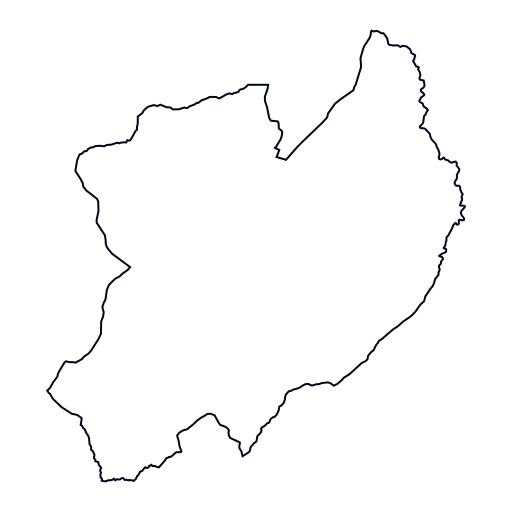 the district of Macanal, Boyacá, Colombia
{"feature_id": "7082276B95267343444415", "entity_name": "Macanal", "entity_type": "district", "adm_level": 2, "iso_a3": "COL", "parent_name": "Colombia", "parent_adm1": "Boyacá", "projection": "mercator", "projection_center": [-73.296, 4.981], "detail": "fine", "context": "isolated", "style": "outline", "palette": "ink", "viewbox_px": 512, "rotation_deg": 0, "n_neighbors": 0, "source": "geoboundaries", "source_scale": "gbopen_adm2", "svg_char_len": 5980}
<svg xmlns="http://www.w3.org/2000/svg" viewBox="0 0 512 512"><path d="M242.6,456.2L249.1,452.0L249.8,450.9L250.7,447.1L254.1,443.0L255.9,442.0L256.6,440.8L257.3,436.4L258.0,435.3L259.9,433.7L261.1,431.9L261.5,430.1L261.1,428.8L261.6,427.7L265.0,425.6L267.0,423.4L268.6,423.0L269.5,421.9L270.1,420.0L270.8,419.0L272.9,417.2L274.2,417.2L276.5,414.9L278.7,410.4L279.2,406.9L280.3,405.9L281.6,405.4L283.9,402.5L285.0,399.1L285.0,397.4L285.6,395.5L286.0,394.4L288.1,392.0L289.0,391.2L290.7,391.0L293.0,389.7L298.7,388.1L303.9,384.9L306.3,383.9L308.7,384.0L310.4,385.1L312.2,385.5L316.2,384.3L319.1,384.1L322.0,383.0L328.2,382.4L330.9,383.5L333.8,385.7L337.6,383.7L342.1,379.8L343.8,377.7L349.5,374.2L361.7,363.0L365.6,361.1L367.5,359.3L368.1,355.9L370.6,352.6L373.8,350.0L375.0,347.1L376.5,344.5L378.0,342.8L378.8,340.9L381.8,339.1L393.0,329.4L397.8,326.3L403.2,321.5L410.0,316.9L412.4,314.9L416.1,310.8L420.1,304.9L424.1,301.1L425.4,296.3L430.7,288.4L432.7,286.1L433.9,283.5L435.3,278.7L438.5,274.9L438.5,272.3L439.2,271.3L439.7,269.1L438.9,267.2L439.0,265.7L440.8,263.9L441.0,261.7L443.1,258.8L442.2,257.1L439.3,256.2L439.2,255.7L441.9,253.8L445.8,252.1L446.2,250.8L446.1,249.2L445.6,248.7L444.0,248.4L443.7,247.9L445.3,245.5L445.8,241.9L446.4,240.9L446.5,237.4L448.3,235.4L452.2,228.1L453.2,225.4L454.7,223.5L455.6,223.0L456.9,224.6L458.0,224.6L458.9,223.7L458.7,220.8L459.3,219.7L462.7,220.3L463.9,220.0L464.1,219.6L463.9,218.1L461.7,215.2L460.8,213.1L461.6,210.6L464.7,207.3L464.8,206.2L463.8,205.7L460.6,205.6L460.1,205.3L460.1,204.7L461.9,200.2L462.1,199.0L461.5,196.9L462.6,194.4L462.6,193.8L461.7,192.9L460.3,189.6L460.0,186.8L458.9,185.7L456.8,185.8L456.1,185.5L455.4,185.0L454.6,183.3L455.0,181.5L456.9,178.5L456.9,175.2L457.3,174.0L459.2,170.6L459.2,168.9L456.6,165.5L456.8,163.4L456.5,162.7L455.7,161.6L454.2,161.7L451.8,162.7L451.0,162.5L449.7,161.8L447.9,160.3L445.0,159.4L444.0,157.7L443.5,157.6L441.5,159.2L440.3,159.4L439.1,158.9L438.7,157.1L439.4,155.3L439.4,153.2L438.2,149.3L436.8,147.2L436.1,144.3L431.7,139.5L430.4,136.7L429.8,133.8L425.1,128.8L423.3,128.2L421.0,128.2L420.0,127.5L419.9,126.5L422.4,123.9L423.3,122.0L424.0,116.3L425.7,114.2L426.3,112.4L427.9,110.2L426.6,108.4L423.7,106.5L422.6,103.4L419.8,102.0L419.3,100.8L421.3,97.2L423.7,95.6L424.3,94.8L423.9,93.8L421.1,91.3L420.7,90.0L420.9,89.4L423.4,87.6L424.4,86.1L424.5,85.0L423.7,80.5L420.8,79.9L420.0,79.5L419.5,78.7L419.5,77.9L420.4,75.1L419.8,72.4L418.1,69.3L418.8,67.6L418.0,66.7L416.7,66.7L416.1,66.3L413.1,60.9L414.3,59.2L414.5,57.3L415.2,56.1L415.0,55.1L411.5,53.1L410.2,49.4L406.5,46.4L403.0,45.8L400.3,46.9L397.7,45.3L392.9,45.5L389.4,44.8L388.6,44.3L388.2,43.5L387.2,38.4L383.9,33.7L383.2,33.2L381.1,33.2L379.4,32.0L377.1,31.0L376.3,30.9L373.8,31.5L371.6,30.7L371.1,31.6L370.4,35.9L369.7,37.7L364.4,45.9L363.4,48.1L360.5,58.0L361.1,67.0L355.6,84.9L354.2,87.1L353.7,89.4L353.1,90.5L341.3,98.7L335.0,103.7L328.0,113.5L327.2,117.3L326.1,118.6L321.9,123.1L302.9,141.3L297.1,147.2L286.0,159.8L276.6,157.0L279.3,150.0L275.0,147.9L276.6,146.0L280.7,139.1L281.6,136.5L282.3,132.1L281.6,130.7L278.8,128.5L278.6,123.2L277.8,121.4L270.9,120.7L269.2,118.0L267.1,107.4L265.2,101.8L264.8,98.0L265.0,96.3L267.5,89.1L268.2,84.8L248.0,84.8L245.8,87.1L243.7,88.6L239.9,89.7L238.9,90.7L238.8,91.5L236.8,92.5L234.3,92.9L232.2,94.1L229.9,93.5L228.6,93.6L226.4,94.4L219.7,98.3L218.6,98.2L216.0,97.0L209.6,96.9L207.4,98.2L201.4,100.4L198.3,102.9L196.8,102.9L194.5,104.5L189.9,106.2L186.9,108.2L184.5,107.5L178.7,109.3L172.8,109.4L170.5,107.5L166.5,107.2L160.4,104.7L157.5,106.0L153.7,105.1L148.0,106.8L145.3,108.9L143.5,110.8L142.3,113.1L137.8,116.5L137.7,124.2L136.9,126.9L137.1,129.7L135.7,130.7L130.6,139.9L129.1,140.7L127.3,140.2L126.3,142.4L123.9,142.3L120.7,142.7L119.4,143.3L117.1,142.7L111.2,144.7L107.1,144.9L104.4,146.1L103.4,146.3L101.0,145.8L96.1,146.0L94.4,146.5L92.8,147.4L90.9,147.5L88.1,149.1L86.5,151.1L84.3,151.3L81.8,153.7L80.0,154.2L79.1,155.4L77.1,160.5L75.4,171.0L80.4,178.7L82.7,183.1L83.3,186.6L86.2,190.4L97.0,198.8L98.2,201.5L98.5,211.0L96.6,220.0L96.7,222.7L104.9,235.3L105.7,240.5L105.7,243.2L106.5,246.4L108.3,249.2L112.2,253.8L130.1,267.1L127.6,270.0L122.4,273.7L119.6,276.4L115.9,278.3L114.2,279.6L109.0,284.9L106.9,289.6L105.5,299.4L103.8,302.7L102.5,306.5L102.5,307.8L103.7,312.1L103.1,316.6L101.2,321.3L100.9,334.0L98.3,339.3L91.1,350.6L88.5,353.6L84.2,356.5L81.9,359.1L76.2,362.3L75.2,362.6L72.8,362.1L69.4,362.2L66.0,361.3L64.5,362.4L58.8,372.0L57.9,374.1L57.4,376.6L53.2,382.2L50.0,387.9L47.2,390.6L49.0,393.2L50.1,393.9L52.1,397.6L53.5,399.4L61.6,407.2L71.8,413.8L77.2,414.9L81.5,418.0L81.6,419.5L80.7,425.0L82.1,425.9L83.3,428.2L84.3,428.9L85.8,431.4L85.8,432.2L88.4,436.1L89.0,438.2L89.6,444.4L91.0,446.3L91.2,449.8L92.8,451.2L94.3,454.2L94.4,455.8L94.0,456.7L94.0,458.2L95.3,459.7L95.3,461.2L98.1,462.0L99.2,465.6L99.8,465.9L101.1,467.7L101.2,468.1L100.2,469.7L100.1,470.7L101.0,472.7L100.4,474.6L100.6,477.3L101.8,478.6L102.1,479.6L101.7,480.7L104.5,481.3L106.1,481.2L108.4,480.2L109.3,480.5L109.9,480.2L111.8,480.0L112.9,479.5L113.4,478.8L114.3,478.8L115.0,480.1L115.4,480.2L116.9,479.3L119.8,479.5L121.8,478.2L123.3,478.1L124.6,479.9L125.9,479.7L128.2,480.3L129.2,479.9L129.6,480.3L131.7,480.2L133.5,480.9L135.7,479.2L137.3,475.9L138.4,475.0L140.1,471.8L142.4,470.7L144.6,467.8L145.5,467.3L147.1,468.0L148.0,467.7L148.9,466.8L149.2,465.8L150.5,465.5L151.4,464.8L152.6,466.1L154.9,466.0L157.1,467.0L159.0,467.3L164.6,460.9L166.6,458.0L168.0,457.7L169.0,456.9L169.8,457.1L170.6,456.8L172.7,455.4L175.1,453.0L176.5,452.2L180.1,452.2L181.0,452.0L181.4,451.4L179.5,446.1L178.6,440.5L177.5,437.2L177.2,435.4L179.0,433.0L181.6,431.2L183.6,430.2L186.9,429.4L193.1,424.5L197.5,420.3L201.4,417.5L205.3,415.4L206.6,414.3L208.6,413.8L210.7,413.8L214.6,415.3L218.2,421.9L220.1,424.8L225.5,426.8L227.3,428.1L228.9,430.3L228.5,432.7L229.0,435.7L230.4,438.1L239.5,442.2L239.9,442.7L239.3,446.5L239.4,448.2L241.4,451.4L242.6,456.2Z" fill="none" stroke="#020617" stroke-width="2"/></svg>